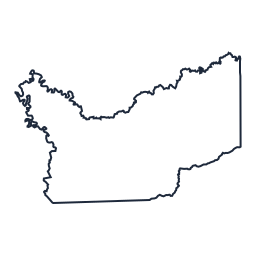 Fray Bartolomé de Las Casas, Alta Verapaz, Guatemala
{"feature_id": "79465075B41204934399249", "entity_name": "Fray Bartolomé de Las Casas", "entity_type": "district", "adm_level": 2, "iso_a3": "GTM", "parent_name": "Guatemala", "parent_adm1": "Alta Verapaz", "projection": "mercator", "projection_center": [-89.812, 15.886], "detail": "fine", "context": "isolated", "style": "outline", "palette": "slate", "viewbox_px": 256, "rotation_deg": 0, "n_neighbors": 0, "source": "geoboundaries", "source_scale": "gbopen_adm2", "svg_char_len": 5621}
<svg xmlns="http://www.w3.org/2000/svg" viewBox="0 0 256 256"><path d="M149.6,200.0L151.4,198.7L154.6,198.4L156.4,197.7L158.0,195.8L159.8,194.8L162.0,195.9L163.6,196.3L166.2,195.0L167.8,195.1L169.3,194.7L169.8,194.8L170.6,195.9L172.2,195.8L173.0,194.0L174.8,192.5L175.2,191.2L176.1,190.3L176.3,188.2L177.5,187.5L177.9,186.6L178.8,186.0L178.9,185.6L177.6,184.3L177.5,183.4L179.0,181.6L178.7,180.8L179.0,178.6L178.4,177.9L178.8,176.3L178.0,174.7L178.5,174.0L179.1,174.0L179.2,172.1L178.8,171.1L179.6,170.3L179.5,169.2L180.1,168.4L184.1,168.9L187.3,168.7L188.0,169.2L189.5,169.3L190.4,169.0L190.8,167.8L192.1,167.0L192.5,166.1L193.1,165.7L195.6,165.2L196.6,166.2L198.4,166.7L200.5,166.1L203.5,164.5L206.4,164.4L207.7,163.4L209.0,163.2L210.4,162.4L214.0,161.2L215.1,160.2L217.0,160.0L218.5,158.8L219.0,156.9L222.0,154.6L222.1,153.8L222.9,152.8L224.1,153.4L225.6,152.9L227.6,153.0L229.4,152.4L232.4,150.7L233.9,149.0L235.6,147.9L237.1,147.2L239.7,147.3L240.6,146.7L240.4,76.0L240.0,72.4L240.0,61.1L240.3,58.7L239.9,56.6L239.2,56.4L239.0,56.6L238.7,57.4L238.9,58.7L237.4,58.8L237.0,60.5L236.0,60.5L235.5,60.3L236.1,57.4L234.8,56.6L233.8,57.0L232.5,57.0L231.9,55.1L231.0,54.6L230.4,53.3L230.0,53.2L229.2,53.6L228.6,53.0L228.2,54.1L226.5,55.1L225.7,55.2L224.8,56.4L223.6,56.4L222.8,57.5L221.6,57.8L221.0,57.4L219.9,58.0L219.7,60.5L220.5,61.7L219.4,62.0L220.4,63.5L220.2,63.7L218.8,63.0L217.5,63.4L216.2,62.4L215.7,63.3L214.0,62.6L213.2,64.0L212.2,63.1L210.3,65.1L211.2,66.8L209.0,67.2L207.9,68.3L207.5,69.7L205.4,70.4L205.4,71.5L205.0,71.9L202.9,70.8L202.8,68.9L200.6,67.5L199.6,67.4L199.2,68.0L200.6,69.1L201.9,70.9L201.5,72.7L200.1,73.2L200.1,71.1L199.0,70.3L198.2,70.3L197.2,71.7L195.9,71.6L195.1,70.4L194.1,70.9L192.3,70.6L190.5,71.8L190.1,71.7L189.8,71.2L190.3,69.9L189.1,68.6L187.8,69.4L186.8,69.5L185.3,68.6L184.5,69.2L182.9,69.2L182.3,70.1L181.2,70.6L180.9,71.2L180.9,72.6L181.9,74.2L181.8,76.1L181.2,76.7L180.2,76.6L180.3,78.1L179.7,79.0L179.9,79.6L179.6,79.9L177.9,80.9L177.0,80.8L177.5,82.4L176.7,83.5L176.1,86.7L175.2,88.3L172.7,86.7L171.2,85.0L170.1,84.8L168.9,86.9L168.9,88.4L167.8,88.5L166.5,88.0L163.9,89.1L162.8,87.1L160.3,85.0L159.1,85.5L158.7,86.4L158.1,86.8L156.9,86.8L156.0,87.5L155.2,87.2L155.0,87.5L154.6,89.0L153.5,90.7L153.8,93.1L152.9,94.4L151.7,94.3L151.2,93.3L149.9,92.8L149.1,91.6L147.9,92.9L147.3,92.1L145.2,91.8L143.7,92.0L142.4,92.6L141.2,92.3L140.4,93.7L136.9,95.4L134.2,98.3L134.1,99.1L136.0,100.8L135.9,102.3L135.5,102.6L134.8,102.1L133.9,102.5L133.9,104.0L133.2,104.5L132.6,106.2L130.8,107.6L129.6,107.7L129.7,109.2L128.3,112.0L126.5,112.2L125.3,112.7L124.0,112.0L123.7,110.9L123.1,110.6L121.5,111.4L119.1,111.5L117.2,112.6L117.1,113.7L114.7,114.1L113.7,117.4L113.4,117.6L110.7,117.3L109.2,117.9L108.4,117.2L106.8,117.7L103.9,117.0L102.9,117.3L101.2,116.7L100.8,117.1L100.6,119.1L99.3,118.2L98.7,118.4L96.5,118.3L96.2,117.7L95.3,118.3L93.6,118.4L93.5,116.8L89.8,117.5L89.3,118.0L89.1,119.1L86.6,119.4L86.3,119.3L86.1,118.4L85.4,118.4L84.8,117.7L83.6,117.7L83.8,116.9L83.3,115.7L81.6,116.0L81.2,114.6L80.3,113.2L80.5,112.5L82.0,111.0L80.9,106.3L80.2,106.3L79.3,107.0L78.0,105.9L77.5,104.7L76.9,104.3L73.9,104.7L73.6,104.5L73.7,103.9L75.1,103.0L75.0,102.5L72.3,100.9L69.6,100.5L69.6,100.0L70.8,98.6L73.0,97.7L73.4,96.8L72.6,95.7L72.4,93.5L70.9,91.8L69.4,91.4L68.2,92.1L68.1,93.6L69.2,96.0L68.1,97.3L67.4,97.6L65.7,97.3L66.1,94.9L65.4,93.9L64.5,93.9L62.7,94.9L61.8,94.6L61.6,93.9L61.8,91.6L61.4,90.8L60.6,90.8L59.6,92.1L58.4,92.0L55.2,88.6L54.7,88.6L54.4,89.1L54.4,91.5L53.7,92.5L51.8,92.4L52.1,90.0L51.1,89.2L50.0,89.5L48.2,91.4L47.6,91.5L47.3,90.9L47.8,89.8L47.8,87.6L47.2,86.5L46.3,86.1L43.0,86.3L41.5,85.9L41.1,85.5L41.2,84.6L42.6,82.4L44.4,81.5L44.7,80.6L44.2,80.4L42.7,80.7L40.3,82.5L39.3,82.3L39.2,81.6L40.0,78.9L41.8,77.1L41.0,75.4L38.8,74.2L36.6,73.6L34.2,73.4L33.7,70.7L32.8,70.3L31.8,70.6L30.4,72.8L30.1,73.7L32.7,74.2L32.5,77.2L33.6,79.1L33.2,80.6L32.3,80.9L32.0,79.0L31.7,78.8L29.8,79.1L30.5,82.2L28.8,82.9L26.8,81.4L25.7,81.1L25.2,82.2L23.8,82.5L23.1,83.8L21.1,84.0L19.4,85.6L19.3,86.3L21.7,88.8L22.1,91.0L23.0,92.6L23.1,94.5L22.5,95.7L21.5,96.2L20.5,96.2L19.2,94.9L17.8,92.7L15.5,92.3L15.4,92.8L16.9,94.4L17.7,96.3L19.0,98.0L20.0,101.3L20.6,101.3L23.1,99.8L24.3,99.7L24.7,100.0L24.6,100.7L23.6,101.8L23.0,103.2L23.6,104.7L24.9,105.9L25.8,105.2L26.0,103.6L27.3,100.3L27.5,98.6L26.8,96.9L27.0,96.4L28.7,95.5L29.3,95.6L29.7,96.3L29.6,101.6L28.2,103.7L28.4,104.4L30.4,106.2L30.5,107.0L29.5,108.1L26.9,107.9L27.0,109.1L28.6,109.4L28.8,110.2L28.3,111.0L26.4,111.8L26.2,112.5L28.1,115.7L31.6,115.6L32.2,116.4L32.8,118.3L32.2,119.4L30.7,120.1L28.1,118.9L26.5,119.0L25.7,119.6L25.3,120.7L25.4,121.3L27.5,120.4L28.9,121.0L29.3,121.5L28.9,124.5L27.5,126.1L27.5,126.7L28.7,127.0L31.1,125.7L30.9,123.0L31.4,121.8L32.1,121.3L34.1,122.2L36.3,122.6L36.9,123.3L36.7,124.3L35.5,125.1L33.3,125.1L32.8,125.5L33.3,126.6L34.6,127.4L36.6,126.4L37.9,126.3L40.1,129.1L41.6,129.6L43.5,127.4L44.2,127.0L44.8,127.1L46.3,128.4L46.3,128.8L45.3,129.5L43.6,129.8L43.6,130.9L44.5,132.0L46.4,132.5L47.8,133.8L48.8,135.3L48.4,135.9L46.9,135.2L46.3,135.8L46.2,138.5L47.1,141.2L47.6,142.0L48.4,142.4L49.9,142.6L51.6,142.1L52.6,142.5L53.5,144.4L53.3,146.6L53.7,147.1L55.4,147.5L56.0,148.2L55.4,151.0L51.9,151.1L49.9,152.7L51.2,157.6L50.5,160.0L49.7,160.2L49.9,160.7L49.3,161.2L49.8,162.6L48.8,163.6L48.7,164.1L48.9,166.1L49.7,168.4L48.6,170.6L47.8,171.3L50.7,177.2L43.9,178.5L43.7,180.3L44.0,180.8L45.6,181.8L48.1,184.6L47.5,185.4L47.9,188.1L47.0,189.4L46.6,191.2L45.0,190.9L44.1,191.7L44.2,192.4L45.2,193.5L45.3,195.0L47.0,196.4L52.3,202.5L53.2,203.0L149.6,200.0Z" fill="none" stroke="#1e293b" stroke-width="2"/></svg>